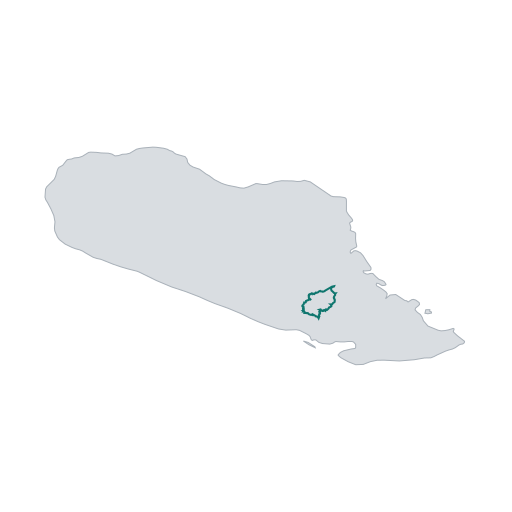 Andilamena, Alaotra-Mangoro, Madagascar shown in context, rotated 96°
{"feature_id": "10022922B97539486376385", "entity_name": "Andilamena", "entity_type": "district", "adm_level": 2, "iso_a3": "MDG", "parent_name": "Madagascar", "parent_adm1": "Alaotra-Mangoro", "projection": "natural_earth1", "projection_center": [48.448, -16.737], "detail": "medium", "context": "in_parent", "style": "outline", "palette": "teal", "viewbox_px": 512, "rotation_deg": 96, "n_neighbors": 0, "source": "geoboundaries", "source_scale": "gbopen_adm2", "svg_char_len": 5149}
<svg xmlns="http://www.w3.org/2000/svg" viewBox="0 0 512 512"><g transform="rotate(96 256 256)"><path d="M328.0,51.0L329.3,54.4L330.8,57.6L335.3,65.3L337.3,68.3L339.0,71.5L339.8,77.8L342.6,87.7L345.4,102.5L346.2,117.6L347.0,124.6L349.1,131.2L352.6,138.0L353.7,145.5L351.5,153.3L348.4,160.7L347.6,162.0L346.2,163.9L345.5,163.9L343.1,162.0L341.1,158.9L338.5,151.5L337.6,147.8L336.5,147.3L333.5,147.6L331.4,149.9L331.0,151.3L331.4,155.5L332.2,159.2L332.6,162.9L332.7,167.7L333.5,169.1L334.6,170.3L335.9,173.4L336.1,180.8L335.3,184.5L333.2,187.7L333.3,189.5L334.1,191.3L333.3,192.4L330.5,193.8L329.4,195.0L327.9,198.3L325.4,204.9L325.1,208.3L326.6,218.7L326.2,226.0L323.0,240.1L321.2,246.7L318.7,254.7L314.8,265.2L310.9,278.3L307.6,291.9L305.2,300.0L302.5,308.1L298.7,322.3L295.6,336.7L290.8,352.5L284.3,370.2L283.6,372.5L282.3,381.6L280.9,389.4L279.1,397.2L275.5,410.0L275.1,414.0L274.3,417.8L270.8,425.8L269.3,428.8L268.3,432.0L267.7,436.0L266.7,439.9L264.1,447.1L260.3,453.2L257.8,455.5L252.2,458.7L249.3,459.4L243.0,459.5L236.9,461.3L230.6,464.9L224.5,469.0L222.1,470.9L219.6,472.0L211.5,472.3L209.1,471.4L200.9,464.7L197.8,463.6L191.8,462.6L190.0,462.1L188.4,461.2L186.0,457.7L181.2,454.7L180.0,453.8L179.3,451.7L178.8,449.5L177.5,447.1L176.5,442.4L175.0,439.1L170.5,433.3L170.0,431.4L169.6,425.3L169.7,421.1L169.2,413.5L169.7,409.9L171.2,406.7L170.5,403.2L168.8,399.5L168.2,395.7L167.0,392.3L162.3,386.0L161.2,383.0L160.4,379.8L158.5,369.9L158.3,366.4L158.5,359.2L159.1,355.4L160.2,352.8L160.5,350.8L161.2,349.2L162.3,347.8L163.0,346.2L164.6,336.9L166.8,334.8L170.1,333.7L172.6,331.2L174.1,327.9L175.6,321.2L179.6,314.4L181.1,310.9L184.3,305.6L187.2,298.1L188.1,294.5L188.7,290.9L189.4,282.9L189.9,279.0L189.8,275.1L188.1,271.0L184.0,263.7L183.9,262.4L184.2,256.9L183.8,253.0L182.3,249.1L180.4,245.4L178.5,238.5L177.5,227.1L177.6,223.0L177.1,219.4L175.7,215.9L176.6,209.8L188.5,187.7L188.9,185.1L188.4,178.4L188.6,174.5L189.0,173.0L189.9,172.2L192.0,171.8L201.7,170.8L203.0,170.1L205.4,168.2L208.7,164.7L210.3,163.6L211.6,164.0L212.4,165.5L213.5,166.4L217.4,164.7L219.0,164.7L220.5,165.0L221.2,163.5L221.6,161.5L222.2,160.0L223.3,159.2L228.3,158.8L231.5,158.2L235.7,156.8L236.6,157.1L240.0,162.1L241.0,162.6L242.3,162.8L243.5,161.9L240.7,159.2L240.3,157.7L240.5,156.0L241.9,152.4L244.4,149.6L249.8,145.4L255.4,140.5L257.1,140.2L258.5,141.0L259.6,146.7L259.4,147.7L260.3,147.8L261.4,147.1L262.3,144.8L262.4,142.8L261.6,141.0L261.2,139.4L261.2,138.0L264.0,134.6L266.3,131.4L267.3,127.5L268.2,125.7L270.6,123.7L271.3,124.0L271.9,125.6L272.2,127.4L271.6,129.1L270.7,130.8L270.4,133.0L271.7,133.5L273.0,132.9L274.8,128.8L276.9,125.0L278.2,123.0L279.8,121.6L282.4,121.8L285.0,122.7L280.8,118.6L279.7,113.0L284.7,103.3L284.8,101.3L285.5,100.7L285.8,99.9L283.2,96.6L282.7,95.0L283.1,92.6L284.3,90.4L285.4,88.8L287.0,88.3L288.3,89.1L291.0,91.8L292.9,92.2L295.2,89.6L297.0,86.4L299.8,84.2L302.9,82.8L307.7,77.7L310.8,67.1L311.1,64.0L310.4,60.3L309.3,56.7L307.4,52.3L307.9,51.3L310.6,51.9L311.4,51.2L314.3,47.3L319.0,39.7L320.5,39.8L321.9,41.2L322.4,43.2L323.3,44.8L326.4,48.3L328.0,51.0ZM295.3,80.8L295.3,82.0L291.7,81.5L291.2,77.5L292.9,77.4L293.3,75.7L294.4,75.5L295.5,79.1L295.3,80.8ZM338.7,194.1L335.6,200.0L336.5,195.1L340.1,188.0L341.1,187.5L338.7,194.1Z" fill="#d9dde1" stroke="#a8b0b8" stroke-width="1"/><path d="M308.8,193.9L308.4,193.8L308.6,193.3L308.2,193.3L309.4,190.4L309.8,190.3L309.9,188.6L310.1,188.2L310.5,188.1L310.6,187.7L311.4,187.2L310.3,186.9L309.8,187.0L309.4,186.7L308.5,187.2L307.7,186.9L307.4,187.1L307.0,186.9L306.8,186.4L306.5,186.3L306.1,186.7L305.6,186.5L305.2,187.1L304.8,187.3L304.4,187.1L303.9,186.3L302.9,186.5L302.7,187.1L302.4,186.3L302.9,186.1L303.1,185.2L303.4,185.3L303.2,185.0L303.8,184.2L303.7,183.5L303.3,183.3L302.8,182.9L303.3,181.6L302.7,181.7L302.8,181.3L302.4,181.1L302.8,180.9L302.3,180.4L302.3,180.2L301.9,180.1L302.1,179.6L300.5,178.2L299.8,178.2L299.5,178.0L298.8,176.5L298.0,175.8L297.2,176.2L296.6,176.1L296.3,176.6L296.1,175.2L294.6,174.4L293.7,173.1L292.3,172.9L291.8,173.2L291.1,173.1L290.2,174.0L289.7,173.8L289.1,174.3L288.1,174.1L286.5,173.2L285.5,173.5L285.3,173.2L284.8,172.9L284.9,173.4L284.5,174.8L283.9,175.2L283.7,175.7L283.4,175.9L282.5,177.3L280.7,178.0L280.1,178.0L278.8,176.6L278.2,175.2L277.8,175.1L278.5,177.2L283.4,183.9L283.8,184.1L284.6,185.8L284.3,186.6L284.5,187.7L284.0,188.5L284.6,189.6L285.6,190.5L286.3,191.9L286.1,192.6L286.8,193.0L287.0,193.7L287.8,194.1L287.7,195.0L287.3,195.6L287.4,196.1L287.9,196.3L287.4,196.9L288.0,197.6L288.3,198.6L288.7,199.1L289.1,198.8L289.6,199.4L289.9,199.5L290.5,199.1L291.0,199.3L292.3,199.0L292.4,198.5L293.0,198.1L293.2,197.6L293.5,197.3L293.8,197.6L293.6,198.7L294.4,199.3L294.7,200.3L294.9,200.4L295.5,201.6L296.9,201.7L297.2,202.3L297.2,203.2L297.6,203.2L298.1,203.5L299.0,203.5L300.4,204.7L301.3,204.6L301.8,203.7L301.7,203.4L302.9,203.1L303.3,203.8L303.9,203.7L304.2,202.9L304.9,202.8L305.4,203.6L305.6,203.0L306.1,203.2L305.9,202.6L306.4,201.9L307.6,202.0L307.5,200.4L307.6,199.9L307.3,199.4L307.6,198.7L307.4,198.4L308.4,197.2L308.8,195.4L308.8,194.8L308.6,194.6L308.8,193.9Z" fill="none" stroke="#0f766e" stroke-width="2"/></g></svg>